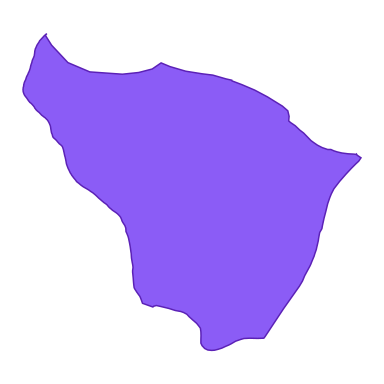 Marisule/Bon Air, Gros Islet, Saint Lucia
{"feature_id": "8701671B87551920719887", "entity_name": "Marisule/Bon Air", "entity_type": "district", "adm_level": 2, "iso_a3": "LCA", "parent_name": "Saint Lucia", "parent_adm1": "Gros Islet", "projection": "mercator", "projection_center": [-60.973, 14.051], "detail": "fine", "context": "isolated", "style": "filled", "palette": "violet", "viewbox_px": 384, "rotation_deg": 0, "n_neighbors": 0, "source": "geoboundaries", "source_scale": "gbopen_adm2", "svg_char_len": 4332}
<svg xmlns="http://www.w3.org/2000/svg" viewBox="0 0 384 384"><path d="M46.8,33.6L46.3,34.0L45.0,35.1L44.4,35.7L43.9,36.1L43.5,36.6L42.4,37.8L39.6,40.8L39.1,41.9L38.8,42.4L37.3,44.6L36.9,45.4L36.7,45.8L36.3,46.7L36.0,47.6L35.7,48.1L35.3,48.9L35.2,49.5L34.8,51.1L34.7,52.3L34.6,53.4L34.5,53.9L34.4,54.4L34.4,55.0L34.3,55.5L34.1,56.2L33.8,56.9L33.5,57.7L33.2,58.4L32.8,59.2L32.6,59.6L32.3,60.5L32.1,61.1L32.0,61.7L31.9,62.2L31.7,62.9L31.3,63.9L31.0,64.9L30.8,65.5L30.7,66.0L30.5,66.8L30.4,67.4L30.3,68.0L30.1,68.6L29.7,69.8L29.5,70.4L29.3,71.0L29.0,71.7L28.7,72.3L28.4,72.8L28.1,73.7L27.7,74.6L27.4,75.2L27.1,75.7L26.8,76.3L26.3,77.4L26.2,78.1L25.9,78.8L25.5,80.0L25.2,80.5L25.0,81.0L24.6,81.7L24.5,82.2L24.3,82.6L24.1,83.2L24.0,83.9L23.7,84.8L23.7,85.3L23.6,86.3L23.4,86.9L23.2,87.6L23.2,88.1L23.0,89.3L23.1,90.3L23.1,91.0L23.2,91.6L23.4,92.4L23.6,93.0L23.9,93.8L24.1,94.3L24.5,95.1L24.9,95.7L25.3,96.3L26.6,97.9L27.5,99.2L28.4,100.6L28.8,101.1L29.5,101.9L29.8,102.4L30.6,102.9L30.9,103.2L31.7,103.9L32.1,104.4L32.5,104.8L33.0,105.4L33.3,105.7L33.6,106.1L34.3,107.0L34.6,107.7L35.0,108.4L35.3,108.7L36.0,109.7L36.5,110.2L37.0,110.7L37.9,111.5L38.4,111.9L39.2,112.5L39.9,113.3L40.6,114.0L41.1,114.6L41.8,115.3L42.5,115.8L43.5,116.6L44.4,117.3L45.1,117.7L45.7,118.4L46.2,118.8L46.6,119.3L47.3,119.9L47.8,120.6L48.1,121.1L48.6,122.0L49.0,122.6L49.3,123.4L49.6,124.0L49.9,124.8L50.2,125.4L50.4,126.2L50.5,126.7L50.6,127.3L50.7,127.9L50.8,128.8L50.9,129.4L51.0,130.0L51.1,130.6L51.2,131.2L51.3,131.7L51.5,132.8L52.2,134.4L52.6,136.1L53.1,137.3L53.7,137.9L54.2,138.4L54.7,138.8L55.5,139.5L56.3,140.3L56.6,140.6L56.9,141.0L57.3,141.5L57.9,142.2L58.3,142.6L59.4,143.9L60.3,144.5L61.3,145.4L61.8,145.9L62.4,146.7L63.0,148.4L63.4,149.6L63.6,150.5L63.7,151.1L63.9,152.0L64.1,152.6L64.3,153.9L64.6,155.2L64.9,156.4L65.2,157.3L65.4,158.4L65.6,159.1L65.7,159.9L65.9,160.7L66.0,161.3L66.2,162.5L66.5,164.1L66.7,164.6L67.0,165.5L67.5,166.8L68.1,168.4L68.7,169.6L69.2,170.6L69.9,172.1L70.1,172.6L70.6,173.4L71.3,174.4L71.7,175.2L72.3,176.0L73.8,178.0L75.5,180.0L76.6,181.6L78.0,182.7L78.7,183.2L80.9,185.1L81.7,185.7L83.1,186.7L83.6,187.0L85.0,187.8L87.1,189.0L88.6,189.9L91.1,191.7L92.7,192.7L94.9,194.5L95.6,195.1L97.4,196.8L98.7,198.1L100.0,199.2L101.7,200.7L103.4,202.1L103.8,202.5L105.6,203.7L106.5,204.4L106.9,204.7L108.6,206.8L109.0,207.2L109.4,207.6L110.2,208.3L111.3,209.2L112.4,210.2L113.6,211.0L114.9,211.9L115.7,212.4L117.5,213.8L118.4,214.7L119.1,215.4L119.8,216.2L120.5,217.1L121.5,219.3L122.0,220.9L122.7,222.2L123.7,223.8L124.7,225.3L124.9,225.7L125.8,228.1L126.0,231.7L126.4,232.4L127.4,234.8L128.1,236.6L128.6,238.5L129.1,240.9L129.5,242.8L130.2,246.6L130.5,248.8L131.0,252.4L131.2,253.5L131.4,256.9L131.5,258.1L132.2,262.3L132.6,264.3L132.8,265.5L132.9,266.2L133.0,267.9L132.7,269.8L132.6,270.5L132.6,272.3L132.8,273.8L133.2,278.0L133.5,282.0L133.7,284.2L134.1,287.5L134.5,288.5L135.3,289.8L136.9,292.3L138.7,294.8L139.7,296.1L140.2,297.1L141.3,299.9L142.5,303.3L152.9,307.0L153.5,306.3L156.3,305.5L158.1,305.9L160.4,306.4L168.7,308.4L175.3,310.5L180.8,311.5L183.6,312.5L186.8,314.2L189.2,316.8L193.0,320.2L196.5,323.2L198.7,325.9L200.4,328.2L200.9,331.8L201.0,335.6L200.9,339.5L200.9,343.2L202.1,345.7L204.7,348.5L207.8,350.0L211.6,350.4L214.6,350.2L218.1,349.3L221.9,348.1L225.5,346.4L228.6,345.1L231.2,343.8L235.6,341.2L240.8,339.4L243.9,338.5L249.7,338.2L257.5,338.4L263.8,338.2L265.0,336.7L283.6,308.6L299.4,286.2L302.5,281.0L304.7,275.7L309.9,266.1L310.8,264.2L311.7,261.9L312.9,259.0L314.1,256.2L314.7,254.1L316.3,249.5L316.8,247.1L317.2,245.5L317.7,243.3L318.3,240.7L318.6,238.5L319.1,235.6L319.7,232.5L321.9,228.7L322.5,225.3L324.0,218.4L325.9,211.1L327.7,203.7L329.8,197.6L331.3,193.9L333.9,188.8L339.6,181.4L346.0,174.1L351.3,168.4L355.9,163.8L358.7,161.2L361.0,157.8L357.9,155.7L357.2,155.2L356.4,154.0L356.0,154.4L353.7,154.1L348.2,153.8L341.9,153.0L337.2,151.9L333.8,150.8L330.9,149.5L327.7,149.5L322.2,147.6L317.5,145.2L313.6,142.5L311.0,140.6L303.6,133.0L299.7,130.0L295.2,125.7L290.5,122.5L288.7,120.9L289.1,116.3L287.8,110.8L282.4,106.1L276.7,102.6L267.5,96.9L254.7,90.1L241.8,84.6L232.0,80.9L231.8,80.2L226.0,78.9L212.8,75.1L202.1,73.8L185.7,71.2L170.0,66.6L161.1,62.9L152.2,69.0L138.7,72.5L122.4,74.2L89.8,71.9L67.9,62.6L51.6,45.2L45.4,35.4L46.8,33.6Z" fill="#8b5cf6" stroke="#5b21b6" stroke-width="1.5"/></svg>